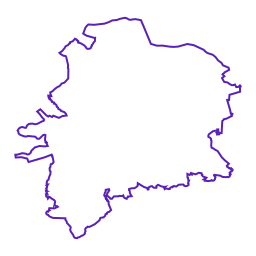 the district of Cluj-Napoca, Cluj, Romania
{"feature_id": "2599482B57183419142958", "entity_name": "Cluj-Napoca", "entity_type": "district", "adm_level": 2, "iso_a3": "ROU", "parent_name": "Romania", "parent_adm1": "Cluj", "projection": "robinson", "projection_center": [23.595, 46.776], "detail": "fine", "context": "isolated", "style": "outline", "palette": "violet", "viewbox_px": 256, "rotation_deg": 0, "n_neighbors": 0, "source": "geoboundaries", "source_scale": "gbopen_adm2", "svg_char_len": 5754}
<svg xmlns="http://www.w3.org/2000/svg" viewBox="0 0 256 256"><path d="M84.9,232.4L85.5,231.4L85.1,229.4L85.8,228.0L87.5,227.1L87.6,226.7L89.4,226.9L94.8,224.2L99.4,220.4L100.4,217.9L103.6,217.3L105.2,215.7L105.6,214.1L106.9,213.8L107.0,212.9L107.6,212.3L109.3,211.8L111.1,210.0L108.6,204.0L108.7,201.9L106.9,200.6L106.9,200.3L107.7,200.3L106.5,198.4L105.8,198.7L105.5,197.4L106.3,196.3L105.5,196.3L104.9,195.5L104.9,196.0L104.6,196.0L104.2,195.5L104.8,193.0L105.6,191.6L105.7,189.8L109.0,189.2L109.3,190.3L107.1,193.7L107.0,195.5L109.9,197.9L110.3,198.7L111.9,198.8L113.9,196.4L118.7,196.3L119.2,195.9L122.9,196.1L122.8,195.7L123.2,195.4L123.9,197.3L125.3,198.3L126.6,198.8L126.7,198.1L127.9,197.3L127.9,196.5L131.6,196.2L129.9,193.1L129.7,190.9L129.0,190.1L129.0,189.1L131.0,188.4L134.3,188.2L135.9,187.4L137.7,185.8L137.8,183.2L143.8,186.9L147.5,188.2L147.5,189.2L147.9,189.6L148.5,189.4L148.5,187.5L150.7,186.3L152.1,186.2L153.4,187.5L156.1,187.9L156.5,187.6L156.4,186.0L158.1,184.8L161.1,186.3L164.2,187.0L165.2,186.8L164.1,187.8L164.7,189.1L165.5,188.4L168.9,189.1L169.7,189.0L169.7,188.4L171.0,187.4L173.2,186.3L173.2,186.6L173.9,186.1L176.1,186.5L176.7,186.1L176.6,185.7L176.9,186.1L178.8,184.7L183.1,184.5L183.7,184.8L183.9,185.5L185.2,186.2L187.1,185.9L188.5,185.1L188.6,183.9L188.0,183.2L189.0,180.6L188.4,180.6L188.0,177.8L187.5,177.6L187.4,173.9L189.5,174.9L190.7,173.6L190.9,174.5L191.7,174.6L191.3,173.2L195.7,174.3L198.7,172.8L201.5,173.2L201.7,174.5L202.2,174.7L202.0,175.3L203.2,176.6L206.2,177.6L204.1,179.2L205.2,179.2L204.6,179.9L204.6,180.7L208.5,181.1L211.3,180.6L211.1,180.4L211.4,180.1L213.0,180.8L214.1,180.3L215.0,179.1L215.0,178.4L215.5,177.3L214.0,175.4L214.3,174.8L220.5,175.7L222.4,176.9L226.2,177.2L227.3,176.9L228.1,177.2L229.4,176.7L230.0,175.6L229.6,174.6L229.8,174.2L230.5,174.6L230.7,174.3L230.5,173.8L229.8,173.6L229.6,172.7L231.4,171.1L231.7,171.3L232.5,170.6L232.5,170.3L232.1,170.2L232.5,169.5L231.2,168.3L230.4,168.9L229.9,168.1L229.0,168.2L228.0,167.1L227.1,166.8L226.8,165.9L228.9,163.7L224.7,160.2L221.8,157.3L217.6,151.0L214.9,149.6L213.5,148.5L211.6,147.7L211.2,145.8L211.5,140.8L211.0,140.0L211.1,139.1L210.4,137.9L208.4,136.9L208.3,135.8L208.8,134.4L212.8,131.3L217.2,130.3L217.5,130.0L217.4,129.4L218.3,129.4L218.2,130.4L217.8,131.0L218.3,131.5L216.4,132.7L217.0,133.5L217.1,134.5L219.2,134.3L219.2,133.0L221.6,133.1L222.3,121.0L223.6,119.9L224.0,119.1L226.1,118.8L231.8,116.0L231.4,114.9L232.4,114.4L232.4,113.8L230.8,113.3L230.0,109.6L227.2,100.1L228.5,100.3L228.6,99.6L229.1,99.7L229.5,94.8L240.1,91.7L239.9,86.5L240.6,86.4L240.3,85.5L239.8,85.4L238.6,86.8L236.3,87.1L234.9,84.5L233.1,85.2L231.8,85.1L230.0,84.3L227.6,82.5L224.2,81.9L222.0,78.1L224.4,76.2L222.5,74.4L223.0,73.8L224.0,73.2L224.5,72.4L229.1,69.9L228.6,67.7L222.9,65.3L221.5,62.9L218.1,60.4L215.4,56.9L212.6,54.7L207.6,53.1L205.8,51.9L203.7,49.8L193.8,45.2L187.4,44.0L178.0,46.6L173.7,46.9L170.0,46.7L162.5,45.6L156.9,45.7L150.9,43.9L141.0,20.2L135.2,19.1L130.2,19.8L129.0,19.6L126.4,18.1L124.8,17.8L120.1,18.8L116.9,20.0L112.3,20.4L108.8,22.1L104.6,23.6L94.2,24.8L88.3,24.5L86.6,26.1L85.4,27.8L83.2,33.6L86.4,35.6L94.3,37.9L95.1,37.8L94.9,41.1L93.3,42.9L93.0,43.8L91.9,44.9L91.9,45.7L91.6,45.7L90.9,47.9L89.7,48.7L87.6,48.9L86.6,48.4L85.6,46.7L85.0,46.4L84.4,45.5L81.0,43.4L78.1,42.5L78.3,41.7L77.9,41.4L78.1,41.0L76.5,39.9L76.6,39.5L75.0,38.7L72.7,41.3L69.9,42.3L70.0,43.3L68.9,43.9L68.1,45.0L65.5,46.4L65.0,47.6L62.1,51.1L59.5,52.9L60.6,54.0L63.3,55.7L65.7,56.1L66.3,57.4L68.1,65.2L67.9,68.2L68.4,69.0L68.2,78.5L64.5,82.6L61.6,83.6L60.3,85.3L58.7,86.6L57.7,86.8L54.9,88.9L52.4,91.3L50.2,92.4L50.5,94.2L51.3,96.1L50.5,96.1L50.0,95.6L48.5,95.6L48.8,96.1L48.5,96.5L49.3,97.4L48.7,97.5L49.0,98.3L50.1,98.4L50.4,99.1L49.8,99.0L49.7,99.4L51.6,100.4L51.6,101.1L52.0,101.3L51.9,101.9L54.0,102.5L53.9,103.5L54.7,103.4L55.1,104.1L55.8,104.4L56.7,105.5L56.5,106.1L57.2,107.2L58.0,107.5L58.5,109.1L60.5,109.8L60.8,110.8L64.3,112.1L65.8,113.6L66.6,115.5L62.3,116.1L58.9,117.9L53.3,115.7L52.1,117.0L49.4,115.7L48.3,116.5L46.5,115.5L40.3,109.3L37.2,111.5L39.6,114.0L42.1,117.4L43.9,119.3L44.2,119.8L43.6,120.9L41.5,121.6L37.9,123.6L35.3,124.3L32.4,123.6L29.0,123.9L27.1,125.4L26.1,127.7L24.8,127.8L22.4,127.0L20.5,127.4L19.0,128.5L17.6,130.5L18.4,131.7L18.5,133.2L19.4,134.3L20.5,135.0L24.3,136.4L26.5,136.5L28.1,136.0L35.3,136.7L37.1,138.6L37.6,138.8L39.4,138.7L43.0,135.2L44.2,134.7L45.4,135.0L45.3,137.4L45.0,138.4L45.1,140.7L46.6,142.3L45.8,142.6L46.9,143.8L47.7,146.0L44.2,146.4L39.5,146.0L34.9,147.4L31.5,150.6L30.6,152.9L28.9,154.3L27.3,154.5L25.8,153.7L22.3,153.2L17.5,154.6L15.6,154.7L15.8,155.2L15.4,155.4L15.7,157.5L21.4,157.2L27.2,158.6L28.6,162.0L44.7,157.3L51.7,154.6L52.0,155.2L51.9,155.7L52.2,155.9L52.1,156.2L52.5,156.5L52.4,157.2L52.8,157.8L53.6,162.2L52.3,163.9L51.2,163.9L50.6,164.8L50.3,167.1L49.6,168.1L49.8,170.8L50.6,171.5L50.3,174.3L49.3,176.6L48.5,179.6L47.1,180.9L46.7,182.9L46.7,183.7L47.2,184.1L46.9,184.6L47.9,184.5L47.2,185.6L46.6,185.7L47.1,186.6L47.0,187.6L46.1,188.4L46.7,189.3L46.6,190.1L46.2,190.4L46.8,190.8L46.2,190.8L46.4,191.4L46.2,191.7L46.8,192.1L46.9,192.9L46.7,193.2L47.0,193.6L46.5,193.9L47.1,194.2L46.5,194.5L46.7,194.9L46.1,195.1L46.2,196.3L47.9,197.9L48.0,198.5L48.7,197.7L48.2,197.1L48.6,196.6L50.4,197.4L51.2,198.3L54.2,200.1L54.9,201.1L55.1,202.0L54.4,205.2L54.6,205.0L56.5,206.4L57.2,206.2L57.8,206.8L54.4,208.4L49.3,208.2L49.0,209.8L49.6,210.4L48.3,210.9L48.2,211.6L47.2,211.4L46.3,212.4L46.2,213.6L47.2,214.7L48.3,215.0L49.4,216.4L52.9,217.9L65.4,218.3L65.5,220.0L66.4,221.0L67.0,223.0L70.6,226.9L70.6,228.3L70.1,229.5L70.8,231.6L73.2,234.9L73.9,236.9L74.9,237.8L77.1,238.2L77.8,237.5L79.1,237.3L81.4,235.9L83.0,235.3L84.9,233.7L84.9,232.4Z" fill="none" stroke="#5b21b6" stroke-width="2"/></svg>